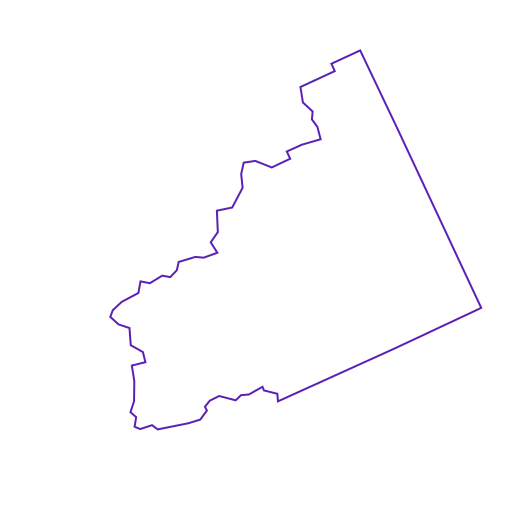 outline of Camas, Idaho, United States of America, rotated 245°
{"feature_id": "52423323B53719477803884", "entity_name": "Camas", "entity_type": "district", "adm_level": 2, "iso_a3": "USA", "parent_name": "United States of America", "parent_adm1": "Idaho", "projection": "mercator", "projection_center": [-114.75, 43.528], "detail": "fine", "context": "isolated", "style": "outline", "palette": "violet", "viewbox_px": 512, "rotation_deg": 245, "n_neighbors": 0, "source": "geoboundaries", "source_scale": "gbopen_adm2", "svg_char_len": 936}
<svg xmlns="http://www.w3.org/2000/svg" viewBox="0 0 512 512"><g transform="rotate(245 256 256)"><path d="M398.3,437.3L398.4,405.6L390.3,405.5L390.4,367.7L375.3,363.4L363.0,368.4L356.2,364.4L347.0,366.2L334.5,363.9L337.5,344.5L337.7,328.1L329.7,328.1L329.6,307.7L342.5,295.5L345.8,284.3L336.5,277.2L323.5,272.7L310.0,254.9L313.6,239.7L293.8,231.5L287.6,220.8L275.3,222.3L276.6,207.9L280.8,200.6L283.3,183.4L276.6,178.3L273.1,169.4L277.8,162.7L276.2,148.3L281.8,140.6L272.2,133.8L271.2,115.0L267.4,103.3L262.4,98.2L252.1,102.5L244.2,110.9L228.1,104.8L216.7,112.9L206.5,110.9L209.2,97.2L194.0,92.8L175.9,84.1L167.5,76.2L160.6,79.3L152.6,73.8L148.1,77.9L146.6,90.3L140.4,93.6L133.0,124.0L131.3,136.4L136.7,146.2L141.0,146.0L144.4,153.0L144.7,163.4L133.8,176.6L136.2,183.5L133.5,191.1L134.7,206.6L130.8,206.4L122.1,217.1L115.0,214.5L113.6,343.5L113.8,438.2L310.4,438.0L398.3,437.3Z" fill="none" stroke="#5b21b6" stroke-width="2"/></g></svg>